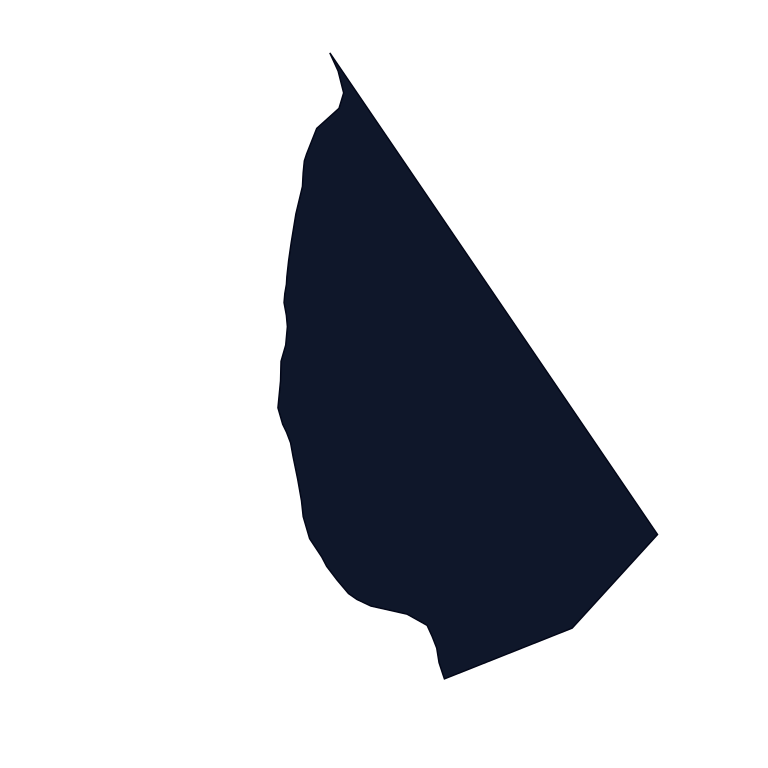 Getrine, Choiseul, Saint Lucia (Robinson projection), rotated 147°
{"feature_id": "8701671B56086336550970", "entity_name": "Getrine", "entity_type": "district", "adm_level": 2, "iso_a3": "LCA", "parent_name": "Saint Lucia", "parent_adm1": "Choiseul", "projection": "robinson", "projection_center": [-61.006, 13.781], "detail": "fine", "context": "isolated", "style": "filled", "palette": "ink", "viewbox_px": 768, "rotation_deg": 147, "n_neighbors": 0, "source": "geoboundaries", "source_scale": "gbopen_adm2", "svg_char_len": 746}
<svg xmlns="http://www.w3.org/2000/svg" viewBox="0 0 768 768"><g transform="rotate(147 384 384)"><path d="M236.6,108.8L249.1,691.2L252.0,671.5L259.3,650.1L267.2,643.4L271.6,639.7L301.2,635.0L323.7,619.0L329.3,614.5L336.8,605.1L344.8,594.1L353.4,585.9L365.2,574.7L385.0,552.9L396.7,539.5L407.0,526.9L411.5,520.8L417.9,513.9L423.5,506.7L428.5,494.7L433.8,484.7L445.2,470.2L458.0,459.1L469.1,442.9L485.9,421.8L490.9,405.4L492.0,396.6L494.4,385.5L499.9,372.4L508.3,351.0L516.8,331.0L524.0,316.8L530.6,294.8L530.4,272.7L531.4,262.3L530.1,245.1L527.9,227.6L524.0,218.0L515.9,204.9L490.0,178.4L479.3,158.1L481.1,145.9L483.6,133.8L489.6,120.3L492.8,108.2L493.9,103.8L359.1,76.8L236.6,108.8Z" fill="#0f172a" stroke="#020617" stroke-width="1.5"/></g></svg>